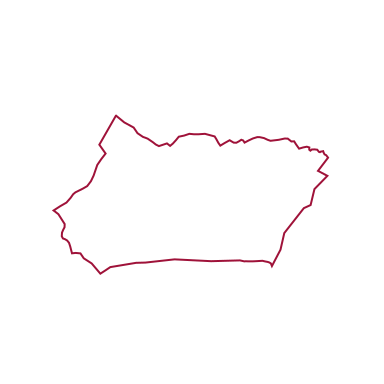 outline of Santiago Lalopa, Oaxaca, Mexico, rotated 60°
{"feature_id": "50627088B8129792994601", "entity_name": "Santiago Lalopa", "entity_type": "district", "adm_level": 2, "iso_a3": "MEX", "parent_name": "Mexico", "parent_adm1": "Oaxaca", "projection": "equal_earth", "projection_center": [-96.254, 17.416], "detail": "fine", "context": "isolated", "style": "outline", "palette": "rose", "viewbox_px": 384, "rotation_deg": 60, "n_neighbors": 0, "source": "geoboundaries", "source_scale": "gbopen_adm2", "svg_char_len": 1608}
<svg xmlns="http://www.w3.org/2000/svg" viewBox="0 0 384 384"><g transform="rotate(60 192 192)"><path d="M138.8,321.1L144.4,318.8L156.1,318.3L158.8,320.0L160.3,322.4L162.2,324.9L165.2,326.9L167.7,327.0L169.2,325.7L171.5,324.4L174.5,323.9L178.3,324.7L185.1,326.6L186.6,323.2L189.4,319.3L195.3,318.9L203.7,314.6L216.9,312.2L216.6,306.2L216.2,300.3L225.4,275.8L229.8,267.7L241.6,240.8L261.5,210.0L275.2,184.7L278.3,181.3L278.7,180.3L280.7,177.1L282.5,173.9L284.2,170.6L286.8,165.4L288.6,163.5L290.5,161.3L291.8,160.2L293.3,159.4L296.1,159.8L286.2,144.2L273.7,132.6L261.9,103.2L262.6,95.8L250.7,84.5L245.7,66.7L236.7,72.3L230.3,57.0L227.2,57.4L225.7,58.4L223.7,58.3L222.2,58.0L221.9,59.0L221.4,60.3L221.5,61.3L220.7,62.0L218.0,62.4L216.5,64.4L215.1,66.9L215.4,68.8L214.0,69.3L212.1,68.1L210.2,69.9L209.0,73.4L208.0,77.6L202.5,78.1L199.2,78.2L197.9,80.7L193.6,82.4L192.0,85.1L190.2,90.7L189.1,93.3L186.9,98.4L184.6,100.4L181.3,102.7L178.4,105.9L177.1,108.0L176.1,112.4L175.7,116.9L175.5,121.8L173.0,121.9L171.4,123.2L171.6,125.7L171.5,129.0L170.1,131.2L168.2,132.3L166.0,133.5L165.9,139.2L166.0,144.3L162.6,144.6L158.2,144.5L155.2,144.6L148.1,151.7L145.0,158.0L143.0,161.4L140.3,165.2L139.2,170.6L137.5,175.8L139.1,180.0L140.5,184.4L141.1,187.9L137.4,189.4L135.7,197.7L132.8,199.6L129.3,201.0L123.7,203.7L121.9,205.1L119.8,206.9L113.8,209.8L107.0,210.3L97.8,215.9L87.9,219.6L87.9,219.8L104.7,248.6L115.5,247.6L118.1,254.0L121.2,260.5L128.6,269.0L132.1,274.1L134.5,279.8L134.5,285.0L134.0,293.1L134.5,296.0L136.4,300.1L138.4,306.0L138.4,313.4L138.8,321.1Z" fill="none" stroke="#9f1239" stroke-width="2"/></g></svg>